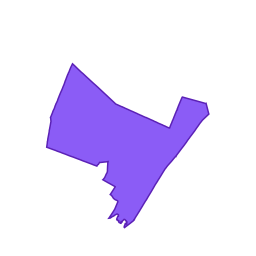 Necsesti, Teleorman, Romania (orthographic projection), rotated 149°
{"feature_id": "2599482B69205667822584", "entity_name": "Necsesti", "entity_type": "district", "adm_level": 2, "iso_a3": "ROU", "parent_name": "Romania", "parent_adm1": "Teleorman", "projection": "orthographic", "projection_center": [25.149, 44.256], "detail": "fine", "context": "isolated", "style": "filled", "palette": "violet", "viewbox_px": 256, "rotation_deg": 149, "n_neighbors": 0, "source": "geoboundaries", "source_scale": "gbopen_adm2", "svg_char_len": 5128}
<svg xmlns="http://www.w3.org/2000/svg" viewBox="0 0 256 256"><g transform="rotate(149 128 128)"><path d="M142.5,211.6L145.9,209.4L148.3,207.6L149.5,206.6L150.7,205.9L151.8,205.0L152.1,204.9L154.8,202.8L156.4,201.5L157.4,200.8L160.2,198.4L162.4,196.8L162.7,196.6L163.4,196.0L165.3,194.6L166.9,193.5L167.9,192.8L170.7,190.7L171.7,189.9L172.8,189.1L173.4,188.6L174.5,187.6L175.3,187.1L176.3,186.4L177.2,185.9L178.3,185.0L178.9,184.6L181.0,182.8L181.7,182.3L183.3,181.3L184.3,180.5L184.6,180.2L185.4,179.6L188.3,177.4L188.8,177.1L189.0,177.0L189.0,176.9L189.4,175.9L190.7,173.2L191.2,172.7L193.1,170.5L193.8,169.7L194.6,168.8L194.8,168.6L195.3,168.0L196.8,166.4L197.0,166.0L198.0,164.8L202.2,160.1L203.6,158.3L204.0,158.0L204.3,157.6L205.0,156.6L207.2,153.9L207.6,153.4L205.9,151.3L205.2,150.4L201.6,146.0L200.6,144.6L198.5,142.1L197.7,141.0L197.0,140.1L195.2,137.9L192.4,134.2L189.8,131.1L187.8,128.5L185.4,125.5L184.2,123.9L183.6,123.1L181.4,120.4L180.7,119.5L177.6,115.6L176.5,114.1L174.3,111.4L173.9,111.7L173.2,112.0L172.9,112.1L172.1,112.1L170.8,112.8L170.0,113.1L169.9,112.9L169.5,112.7L169.1,112.5L168.2,112.1L166.9,111.5L166.6,111.4L163.9,110.1L162.4,109.5L162.5,109.4L163.2,108.6L164.4,106.8L164.8,106.3L165.4,105.4L166.8,103.3L167.4,102.4L167.5,102.1L167.7,101.7L167.9,101.6L168.6,100.8L168.8,100.6L169.4,100.2L169.6,100.2L170.5,99.6L171.3,99.1L171.8,98.7L173.4,97.6L174.3,97.2L174.6,97.1L175.7,96.7L176.2,96.6L175.0,94.4L174.3,93.2L173.3,91.4L172.8,90.6L171.2,87.8L169.2,84.3L169.2,84.2L173.4,82.1L177.5,80.1L177.1,79.4L177.0,78.9L176.9,78.5L176.8,78.2L176.7,76.6L176.7,75.8L176.7,75.3L176.4,74.3L176.2,74.0L176.1,73.7L175.9,73.1L175.0,71.9L174.8,71.5L174.7,71.4L174.4,70.9L174.4,70.7L174.5,70.4L174.6,70.2L174.9,69.8L175.3,69.5L175.7,69.3L175.9,69.1L181.1,65.3L183.0,64.3L185.0,63.3L189.2,61.3L189.4,61.2L189.5,61.1L190.1,60.9L190.4,60.7L190.9,60.5L190.5,60.3L189.7,60.3L189.6,60.2L189.4,59.9L189.2,59.9L188.6,60.1L188.3,60.1L188.1,60.0L187.9,60.0L187.4,60.2L187.2,60.2L186.8,60.1L186.5,60.0L186.3,60.0L186.1,60.0L185.5,59.9L184.3,60.1L184.0,60.1L182.0,60.0L181.7,59.9L181.5,59.7L181.3,59.5L181.2,59.3L181.0,58.8L180.9,58.5L180.9,58.4L181.0,58.3L181.1,58.2L181.5,58.0L181.5,57.9L181.5,57.6L181.7,57.3L182.1,57.4L182.3,57.4L182.5,57.3L183.1,56.9L183.3,56.8L183.4,56.6L183.7,56.4L184.0,56.1L184.3,56.0L184.5,55.8L184.6,55.7L184.5,55.4L184.4,55.2L184.5,55.1L184.8,55.0L184.8,54.8L184.8,54.7L184.6,54.5L184.3,54.3L184.2,53.9L184.0,53.7L183.8,53.5L183.7,53.3L183.7,53.2L184.1,53.1L184.2,52.9L184.3,52.8L184.3,52.5L184.3,52.2L184.3,51.8L184.1,51.6L184.2,51.4L184.1,51.2L183.5,51.1L183.4,51.0L183.4,50.9L183.5,50.7L183.5,50.2L183.4,50.1L183.1,49.9L183.0,50.0L182.9,50.1L182.8,50.3L182.5,51.0L182.2,51.2L182.1,50.8L181.9,50.5L181.7,50.4L181.5,50.5L181.6,50.8L181.5,51.0L180.7,51.2L180.2,51.2L179.6,51.4L179.2,51.5L178.6,51.7L178.4,51.7L177.8,51.1L177.6,50.4L177.7,50.2L177.8,50.1L177.8,49.8L177.7,49.7L177.4,49.4L177.5,49.2L177.5,48.9L177.3,48.6L177.3,48.3L177.3,48.1L177.4,47.9L177.5,47.9L177.8,47.8L177.8,47.6L178.0,47.2L178.2,46.9L178.3,46.7L178.5,46.5L178.9,46.5L179.0,46.5L179.0,46.8L179.2,47.4L179.4,47.6L179.5,47.6L179.6,47.4L179.9,47.1L180.6,46.6L181.2,46.2L182.0,45.5L182.2,45.2L182.3,45.1L182.4,44.9L182.4,44.7L182.3,44.4L182.1,44.4L182.0,44.5L181.8,44.5L176.0,45.1L171.8,45.6L171.3,45.7L170.7,45.9L170.1,46.0L170.1,46.4L170.0,46.5L169.7,46.5L169.3,46.5L169.2,46.6L169.0,46.8L166.2,48.3L165.3,48.7L163.2,49.8L160.6,51.1L160.1,51.4L157.2,52.9L153.3,55.0L150.2,56.6L149.4,56.9L146.0,58.8L141.8,61.0L140.5,61.7L137.0,63.6L134.0,65.3L130.5,67.0L129.9,67.3L129.5,67.6L127.2,68.7L122.4,71.2L120.1,72.4L117.1,73.9L115.6,74.4L114.6,74.9L113.7,75.2L113.5,75.3L108.0,77.0L104.9,78.1L104.7,78.2L101.5,79.2L101.4,79.0L101.2,79.2L100.9,79.4L100.0,79.8L96.3,81.3L93.4,82.5L89.5,84.0L85.4,85.7L82.5,87.1L82.2,87.1L81.5,87.5L80.8,87.7L79.5,88.3L72.5,91.1L70.6,92.0L69.3,92.6L66.7,93.7L65.0,94.5L63.6,95.1L62.2,95.6L60.4,96.3L60.1,96.4L56.5,97.2L54.7,97.6L51.5,98.3L51.3,99.2L50.0,103.5L48.4,108.9L48.6,108.9L48.8,109.0L53.2,113.7L61.9,122.8L65.3,126.4L65.4,126.5L65.7,126.5L67.0,125.6L73.3,121.0L75.7,119.1L76.1,118.9L76.2,118.7L76.3,118.5L76.3,118.4L76.3,118.2L76.5,118.2L76.8,118.2L77.2,118.0L78.7,116.9L79.4,116.3L79.8,116.1L81.3,114.9L82.4,114.1L85.1,112.0L85.9,111.5L87.1,110.6L87.3,110.4L88.2,109.7L88.7,109.4L90.3,108.2L92.3,106.6L92.8,107.0L93.7,108.1L93.9,108.4L94.3,109.1L94.6,109.4L94.9,110.0L95.3,110.6L96.3,111.9L97.0,113.1L97.4,113.6L97.7,114.0L98.4,115.0L99.6,116.6L99.8,117.0L100.2,117.6L101.1,119.0L101.9,120.0L102.4,120.9L102.8,121.5L104.6,124.0L105.1,124.8L106.7,127.1L107.2,127.8L107.4,127.9L107.9,128.6L108.1,128.9L108.9,130.0L110.0,131.7L111.0,133.0L111.2,133.4L112.5,135.2L112.8,135.8L113.9,137.3L115.8,140.1L116.0,140.3L117.4,142.3L117.8,142.9L118.6,144.1L120.4,146.6L120.8,147.3L121.3,148.0L121.8,148.7L122.0,149.1L122.5,149.6L125.4,153.8L126.3,155.1L126.4,155.8L132.5,177.2L132.7,178.0L132.9,178.6L133.7,181.3L134.5,183.8L135.6,187.5L137.3,193.3L138.0,195.8L138.6,197.9L139.2,199.6L139.5,200.6L140.7,205.0L141.2,207.0L141.7,208.9L142.5,211.6Z" fill="#8b5cf6" stroke="#5b21b6" stroke-width="1.5"/></g></svg>